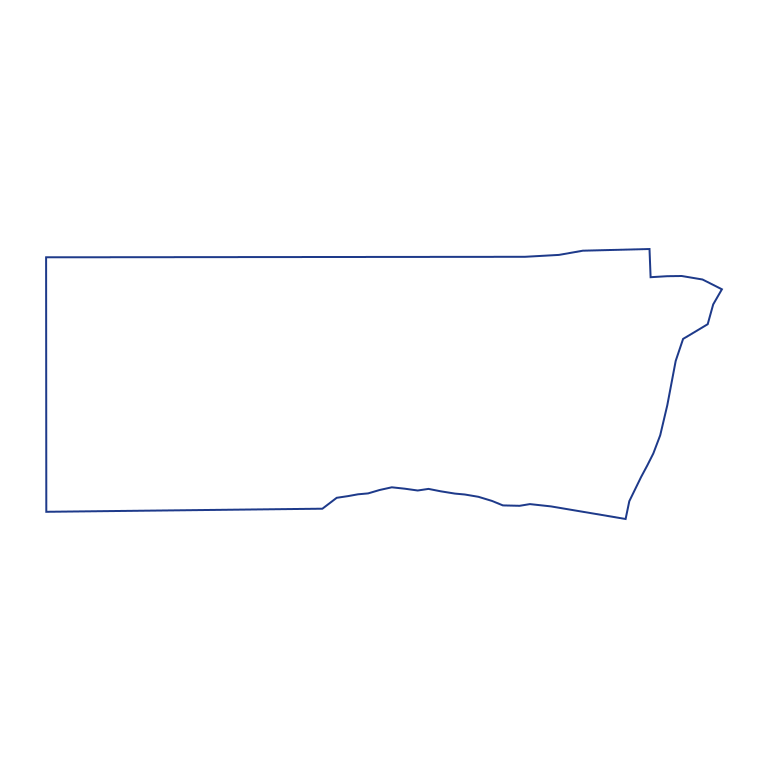 Capital, Mendoza, Argentina (Equal Earth projection)
{"feature_id": "61730980B70316540328463", "entity_name": "Capital", "entity_type": "district", "adm_level": 2, "iso_a3": "ARG", "parent_name": "Argentina", "parent_adm1": "Mendoza", "projection": "equal_earth", "projection_center": [-68.858, -32.881], "detail": "fine", "context": "isolated", "style": "outline", "palette": "blue", "viewbox_px": 768, "rotation_deg": 0, "n_neighbors": 0, "source": "geoboundaries", "source_scale": "gbopen_adm2", "svg_char_len": 629}
<svg xmlns="http://www.w3.org/2000/svg" viewBox="0 0 768 768"><path d="M707.7,324.2L713.2,304.4L721.9,289.3L702.5,279.5L681.7,276.0L667.2,276.2L650.6,277.2L649.5,249.0L582.8,250.7L559.0,254.9L524.9,256.8L46.1,257.3L46.3,511.8L322.4,508.7L336.7,497.8L348.1,496.1L358.0,494.3L368.1,493.4L379.6,490.0L391.8,487.3L404.8,488.7L417.7,490.5L428.5,488.9L440.7,491.3L455.0,493.6L464.8,494.5L478.4,496.8L491.9,500.9L502.9,505.4L519.6,505.8L529.9,504.1L551.0,506.4L625.6,519.0L629.3,501.2L641.1,477.0L647.3,465.4L653.3,453.5L660.2,435.3L667.3,405.2L675.7,360.9L683.1,338.9L707.7,324.2Z" fill="none" stroke="#1e3a8a" stroke-width="2"/></svg>